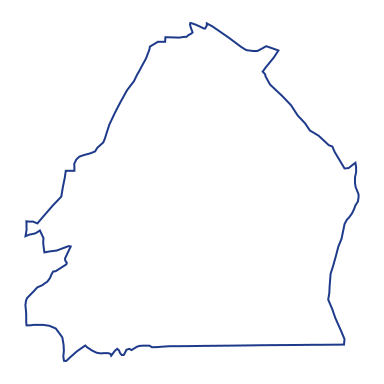 Baquba, Diyala, Iraq (Natural Earth projection)
{"feature_id": "34846034B22760566253423", "entity_name": "Baquba", "entity_type": "district", "adm_level": 2, "iso_a3": "IRQ", "parent_name": "Iraq", "parent_adm1": "Diyala", "projection": "natural_earth1", "projection_center": [44.628, 33.645], "detail": "fine", "context": "isolated", "style": "outline", "palette": "blue", "viewbox_px": 384, "rotation_deg": 0, "n_neighbors": 0, "source": "geoboundaries", "source_scale": "gbopen_adm2", "svg_char_len": 2777}
<svg xmlns="http://www.w3.org/2000/svg" viewBox="0 0 384 384"><path d="M62.0,336.9L62.4,337.8L62.6,338.9L62.9,340.7L63.6,345.0L63.7,347.3L63.9,350.5L63.3,356.5L64.0,360.8L66.1,361.0L67.4,359.9L70.5,357.0L74.8,353.2L75.9,352.2L77.1,351.2L79.3,349.6L81.1,348.4L83.1,347.0L85.3,345.5L87.2,347.4L89.2,348.6L91.8,350.4L96.5,352.7L100.6,353.4L104.7,353.1L107.9,353.1L110.4,353.8L111.2,355.7L111.9,354.8L114.8,350.9L117.2,348.8L119.1,350.5L119.9,352.8L120.8,353.9L121.7,355.0L123.7,355.0L124.4,353.9L125.5,351.7L126.4,349.8L129.3,348.8L131.5,350.1L136.8,346.8L139.5,345.9L142.6,345.7L148.7,345.7L149.5,345.7L151.9,347.2L157.4,347.1L162.0,346.7L169.7,346.2L177.6,346.2L189.5,346.1L202.8,345.9L213.5,345.8L223.4,345.7L232.9,345.6L241.6,345.5L263.7,345.2L277.4,345.1L294.5,345.0L312.9,344.8L320.7,344.8L344.0,344.6L344.5,339.2L341.5,331.9L335.2,317.7L332.4,309.5L328.2,299.6L329.3,293.1L329.6,286.7L330.6,273.8L333.1,266.0L336.2,254.9L338.3,246.7L341.5,238.9L344.6,223.9L347.0,219.6L349.1,217.4L351.9,213.6L354.0,209.3L355.4,205.4L357.9,201.5L358.6,196.8L358.5,194.2L355.7,187.3L355.0,183.4L355.0,177.4L356.1,172.3L356.1,167.1L355.5,163.6L355.4,162.8L352.6,164.9L348.7,168.0L345.9,168.4L344.5,168.4L341.7,163.7L334.7,152.0L332.3,146.5L328.8,145.2L318.6,135.7L309.9,130.5L305.0,123.2L297.7,115.5L291.0,105.2L282.3,96.1L270.0,84.5L265.5,76.3L265.3,75.1L265.1,74.2L262.7,71.6L265.5,67.7L273.9,57.4L278.4,50.5L274.9,49.2L266.2,46.2L262.3,48.4L257.4,51.0L252.9,51.0L251.6,50.8L246.3,50.1L241.4,47.1L228.1,37.2L212.4,26.4L206.8,23.4L206.8,25.6L206.0,26.9L205.2,28.5L203.9,28.5L200.0,26.6L195.8,24.7L192.1,23.4L190.3,23.0L190.0,24.7L191.1,28.5L192.6,32.4L191.6,33.4L188.7,35.0L186.4,36.9L184.0,36.9L179.3,37.6L165.4,37.2L165.1,41.8L162.3,41.8L157.8,41.8L153.1,44.7L149.9,46.6L149.4,49.5L147.6,54.3L146.0,58.5L142.1,65.6L139.2,71.1L137.1,74.7L134.0,81.1L127.5,89.6L126.9,90.5L120.3,102.4L115.1,112.4L109.3,124.7L107.0,131.8L104.9,138.5L103.3,142.4L97.2,147.9L95.1,151.4L90.2,153.4L84.1,155.0L79.4,156.6L76.3,159.5L74.2,164.0L74.4,166.9L74.4,170.8L73.1,170.8L65.8,170.8L64.7,178.2L62.9,186.9L61.3,196.6L52.7,205.6L44.3,215.3L37.4,223.4L32.9,221.6L29.1,221.6L26.4,221.3L26.5,223.5L26.5,227.5L26.6,229.6L25.5,236.2L29.1,234.7L32.1,234.1L35.2,233.4L37.6,232.0L39.9,230.5L43.5,238.2L43.2,241.7L43.4,245.2L44.4,252.4L47.0,251.9L50.5,251.3L56.5,250.6L68.6,246.1L70.7,246.5L65.0,258.5L65.3,260.7L66.8,262.7L66.3,264.4L63.0,266.5L58.3,269.5L55.7,271.2L53.2,271.5L51.8,273.8L51.4,274.7L49.9,278.2L49.2,279.1L47.3,281.7L45.3,283.0L42.1,285.3L37.4,287.3L34.0,291.0L27.1,298.0L26.5,299.5L26.0,300.7L25.4,305.3L25.8,309.0L26.2,314.0L26.2,317.6L26.2,321.7L26.5,325.3L30.6,325.3L33.2,324.9L38.8,324.9L43.2,324.9L49.5,325.8L50.6,326.3L55.8,328.5L62.0,336.9Z" fill="none" stroke="#1e3a8a" stroke-width="2"/></svg>